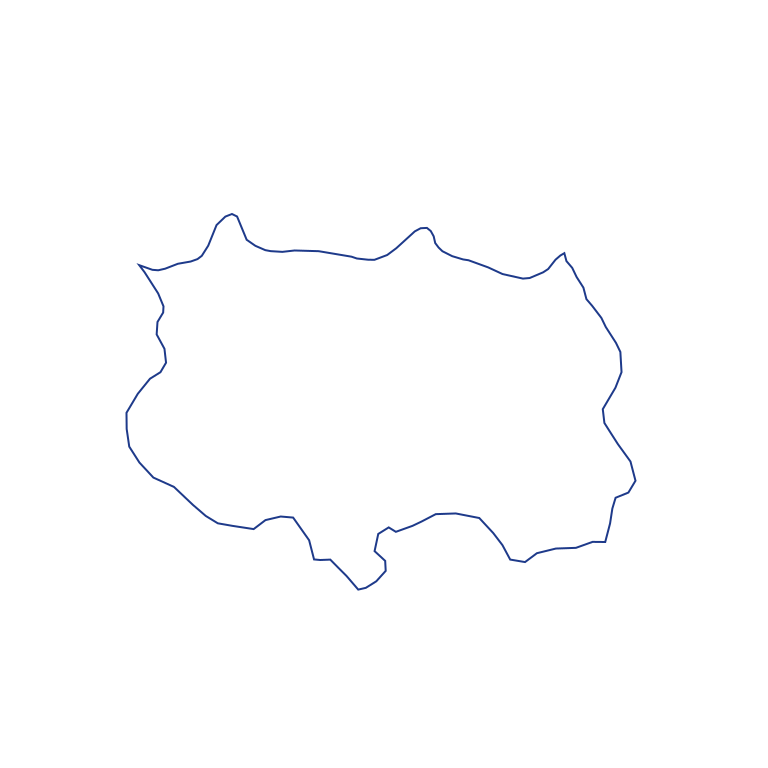 the district of Hwaphyong, Chagang-do, North Korea, rotated 301°
{"feature_id": "82179303B2578505364646", "entity_name": "Hwaphyong", "entity_type": "district", "adm_level": 2, "iso_a3": "PRK", "parent_name": "North Korea", "parent_adm1": "Chagang-do", "projection": "robinson", "projection_center": [126.952, 41.219], "detail": "fine", "context": "isolated", "style": "outline", "palette": "blue", "viewbox_px": 768, "rotation_deg": 301, "n_neighbors": 0, "source": "geoboundaries", "source_scale": "gbopen_adm2", "svg_char_len": 1678}
<svg xmlns="http://www.w3.org/2000/svg" viewBox="0 0 768 768"><g transform="rotate(301 384 384)"><path d="M204.3,351.7L206.3,352.5L217.2,363.7L222.7,374.9L211.5,400.3L197.6,414.4L200.3,420.0L205.8,428.4L202.9,439.7L200.1,450.9L194.5,467.8L199.9,473.4L210.9,479.0L224.7,481.7L233.0,476.1L235.9,462.0L252.5,456.3L263.5,461.9L263.4,470.3L277.1,481.5L285.4,487.0L299.1,495.4L310.0,512.2L318.2,534.7L312.5,554.4L306.9,568.5L298.5,582.6L304.0,596.6L317.7,602.2L331.5,616.1L342.4,632.9L356.1,644.1L362.5,655.0L380.9,649.6L394.8,643.9L405.8,641.1L416.8,649.4L430.6,649.4L444.5,635.2L452.9,615.5L458.5,604.2L464.1,593.0L475.1,584.5L486.2,584.4L500.0,584.3L516.5,581.5L533.2,570.1L538.7,561.7L547.1,544.7L552.6,536.3L558.2,522.2L561.0,513.8L569.3,505.3L574.9,494.0L580.5,485.5L583.3,477.1L589.0,471.2L585.0,469.0L578.9,467.0L567.1,465.5L561.7,462.9L549.9,454.3L545.9,448.8L539.3,429.0L537.6,413.2L533.6,392.7L531.5,387.6L528.7,376.6L527.9,365.7L529.1,360.5L531.2,355.3L536.2,350.5L539.2,345.3L539.9,340.4L536.4,335.2L530.7,331.8L506.7,324.6L496.2,320.3L485.6,311.9L482.5,306.7L477.6,296.1L476.4,290.6L464.2,259.6L452.4,238.6L444.9,228.8L439.5,218.4L437.6,213.3L436.2,202.6L436.9,192.0L451.9,171.8L451.4,166.1L445.8,161.8L434.0,158.6L412.0,162.1L400.0,161.8L395.0,159.8L389.4,155.2L380.9,145.4L370.1,137.0L365.2,131.9L362.6,126.7L359.8,113.0L356.5,121.2L350.9,132.5L345.3,143.8L337.0,155.0L331.5,157.9L320.5,157.9L309.4,163.6L301.1,177.7L290.0,186.2L279.0,186.3L268.0,180.7L248.8,178.0L226.7,178.1L212.9,186.6L199.1,197.9L190.7,214.8L185.0,234.5L187.6,257.0L182.0,282.3L179.1,299.2L179.0,313.3L184.4,327.3L192.5,347.0L204.3,351.7Z" fill="none" stroke="#1e3a8a" stroke-width="2"/></g></svg>